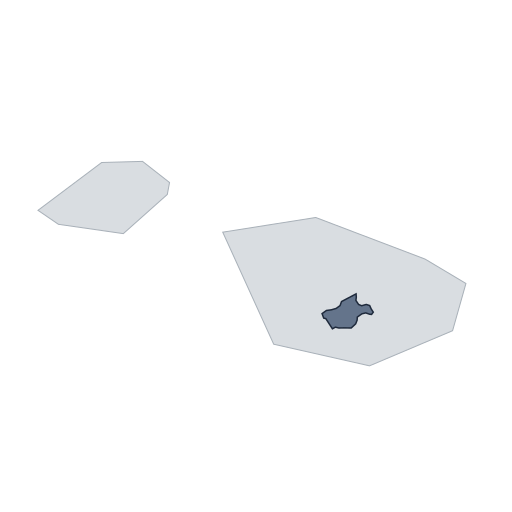 where Żebbuġ sits in Malta, rotated 336°
{"feature_id": "MLT-5946", "entity_name": "Żebbuġ", "entity_type": "state/province", "adm_level": 1, "iso_a3": "MLT", "parent_name": "Malta", "parent_adm1": "", "projection": "natural_earth1", "projection_center": [14.44, 35.87], "detail": "fine", "context": "in_parent", "style": "filled", "palette": "slate", "viewbox_px": 512, "rotation_deg": 336, "n_neighbors": 0, "source": "natural_earth", "source_scale": "10m", "svg_char_len": 796}
<svg xmlns="http://www.w3.org/2000/svg" viewBox="0 0 512 512"><g transform="rotate(336 256 256)"><path d="M436.6,366.5L405.2,404.2L315.0,402.5L236.3,343.8L235.3,220.7L326.2,245.1L409.2,327.6L436.6,366.5ZM200.0,163.7L143.9,181.6L88.4,146.7L75.4,125.6L153.0,107.8L190.8,123.4L206.9,153.7L200.0,163.7Z" fill="#d9dde1" stroke="#a8b0b8" stroke-width="1"/><path d="M296.2,353.6L294.3,341.6L292.6,340.3L292.9,335.5L298.2,334.4L302.9,335.8L307.9,336.5L312.6,335.5L315.6,332.4L321.5,332.0L332.0,331.3L330.9,334.4L329.2,337.2L330.0,342.0L332.3,344.4L337.0,345.1L339.7,347.5L339.7,351.2L340.3,355.0L337.8,356.4L336.1,355.4L333.1,352.6L329.2,351.9L323.7,353.0L322.3,355.7L319.5,358.5L313.7,360.5L307.9,357.8L302.3,355.4L299.6,353.3L296.2,353.6Z" fill="#64748b" stroke="#1e293b" stroke-width="1.5"/></g></svg>